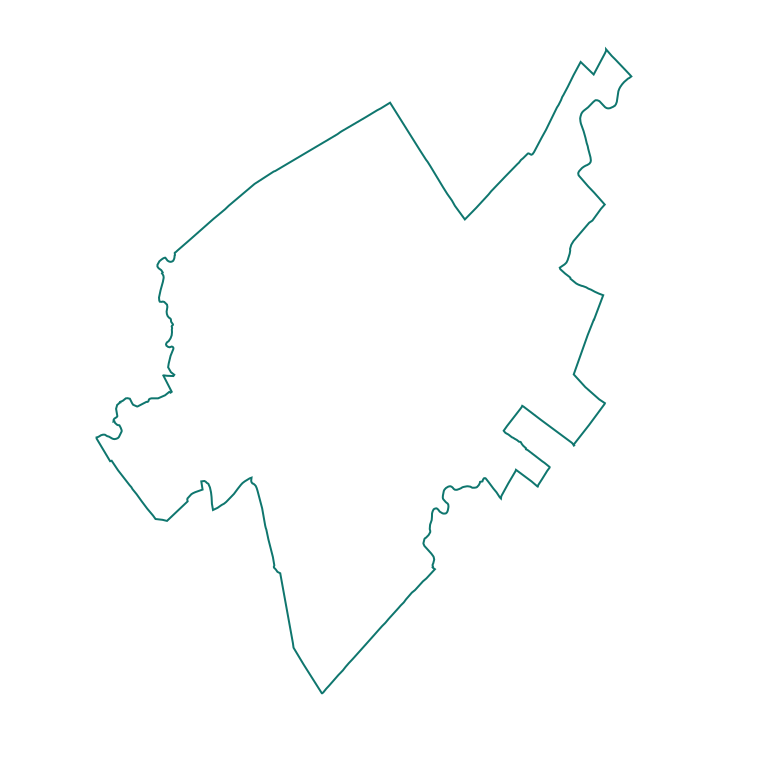 outline of Ulmi, Giurgiu, Romania, rotated 81°
{"feature_id": "2599482B15778475924534", "entity_name": "Ulmi", "entity_type": "district", "adm_level": 2, "iso_a3": "ROU", "parent_name": "Romania", "parent_adm1": "Giurgiu", "projection": "equal_earth", "projection_center": [25.773, 44.5], "detail": "fine", "context": "isolated", "style": "outline", "palette": "teal", "viewbox_px": 768, "rotation_deg": 81, "n_neighbors": 0, "source": "geoboundaries", "source_scale": "gbopen_adm2", "svg_char_len": 6142}
<svg xmlns="http://www.w3.org/2000/svg" viewBox="0 0 768 768"><g transform="rotate(81 384 384)"><path d="M444.3,651.0L446.3,649.7L448.6,648.8L454.1,645.6L461.9,641.7L470.2,637.3L477.8,632.7L481.6,630.8L483.5,624.0L485.3,619.8L469.2,596.3L467.5,596.4L466.3,596.0L462.7,591.5L461.9,589.5L461.3,587.3L459.9,579.7L451.6,579.7L451.7,576.6L452.6,575.4L453.9,574.5L455.1,573.1L459.0,572.1L464.0,571.8L468.7,572.0L475.5,572.7L481.7,572.6L480.3,567.8L478.1,563.3L477.2,560.7L475.8,558.3L469.1,549.4L464.4,544.6L461.1,541.0L459.7,539.2L458.4,536.8L456.2,531.5L455.8,529.5L458.7,530.3L459.9,530.3L461.5,529.6L461.8,529.3L462.1,528.5L463.7,527.2L464.7,526.6L467.0,526.0L469.9,525.6L487.8,523.8L505.2,523.5L507.8,523.3L509.3,523.0L519.3,522.5L537.6,520.8L546.0,520.7L547.3,521.4L548.1,521.4L550.1,520.0L552.9,518.6L554.7,516.1L625.7,514.5L630.3,514.6L648.4,507.3L679.7,493.8L679.8,493.4L679.1,492.2L676.0,488.8L673.5,485.6L664.4,474.7L660.4,469.4L657.4,466.2L654.1,462.3L650.8,458.0L638.1,442.4L623.0,424.0L620.1,420.0L616.6,416.0L607.6,404.8L605.4,402.2L602.8,398.6L600.2,396.0L594.4,389.1L592.4,385.6L585.0,376.4L582.7,372.6L574.9,362.7L573.3,364.3L572.6,364.7L572.2,364.2L570.8,364.4L570.0,364.2L568.8,363.4L565.3,361.9L562.7,362.0L561.8,362.3L558.9,363.8L550.3,369.4L548.4,369.9L547.5,370.0L543.4,368.3L542.7,367.5L542.4,366.6L540.2,363.6L537.7,361.6L536.5,361.3L534.4,361.5L531.0,360.7L530.0,360.4L525.9,358.2L522.7,357.4L519.4,356.8L517.4,355.9L515.6,354.6L515.2,353.8L515.0,352.8L515.0,351.8L515.2,351.3L516.4,350.2L518.8,348.9L520.7,346.7L521.2,345.8L521.4,344.9L521.5,343.8L521.4,343.0L520.8,342.1L520.0,341.4L518.7,340.7L516.2,339.8L515.1,339.5L513.3,339.4L512.1,339.8L510.4,341.4L507.4,343.3L506.4,343.7L505.3,343.7L503.5,343.3L499.1,341.7L497.8,340.8L496.4,339.0L495.4,336.5L495.3,334.7L495.9,333.5L496.9,332.5L498.6,331.5L499.5,330.5L499.8,329.3L499.9,328.5L499.5,326.2L498.9,324.0L498.3,322.8L498.1,321.4L498.0,318.6L498.1,317.3L498.9,314.8L500.3,313.0L500.6,310.8L500.6,309.2L500.3,308.2L498.6,306.1L496.9,304.9L495.7,304.4L495.6,302.0L494.0,301.2L493.2,300.5L492.7,299.8L492.9,299.4L492.8,298.9L493.2,298.3L497.3,296.0L504.4,292.3L508.6,289.8L514.0,287.4L515.4,286.4L513.4,285.8L512.5,285.2L501.5,276.7L490.6,267.7L489.4,267.1L503.3,253.5L509.4,248.3L509.4,248.1L508.1,247.6L502.5,242.6L495.2,236.3L492.5,233.5L491.9,233.4L486.9,237.9L485.1,239.8L472.3,251.9L471.6,252.6L470.7,254.0L470.2,254.1L469.7,253.8L466.6,256.3L464.3,257.5L463.2,257.8L462.7,258.1L462.4,258.6L462.2,259.5L462.0,259.8L460.3,261.3L458.9,263.0L458.6,263.5L457.5,264.6L456.6,266.0L453.4,269.0L451.7,271.2L451.0,271.9L448.9,273.1L444.7,269.0L429.7,253.0L428.4,251.7L427.2,250.9L428.2,249.7L444.0,234.6L471.1,208.0L472.2,207.1L474.5,206.1L474.3,205.8L473.7,206.3L456.7,188.0L438.3,169.3L437.5,168.8L432.9,173.8L418.5,185.7L404.2,195.1L367.6,175.2L353.4,166.8L353.5,166.6L330.6,153.6L328.4,157.5L325.9,161.3L323.2,164.8L321.8,167.2L320.2,169.1L318.4,172.3L318.0,173.4L316.3,176.4L314.8,178.4L309.2,183.4L308.4,183.3L307.5,183.8L303.3,187.8L298.2,191.9L296.6,192.2L294.1,186.9L292.6,184.8L290.3,183.2L284.3,180.2L281.3,179.2L279.7,179.1L275.7,177.2L272.5,174.5L256.8,156.1L255.2,152.6L244.9,142.3L241.3,137.9L227.7,146.6L220.8,151.4L209.1,158.7L208.1,159.2L206.1,159.2L204.7,158.3L204.0,157.6L201.7,154.7L200.7,152.8L199.9,150.7L199.5,149.0L198.7,147.1L198.4,146.5L197.0,145.2L195.5,144.7L192.4,144.6L183.7,145.5L180.9,145.6L177.9,146.1L172.3,146.5L165.5,147.3L157.6,148.8L155.4,148.9L152.3,148.7L150.4,148.0L147.8,146.7L146.3,145.3L145.3,143.9L142.7,139.2L138.2,133.2L137.1,131.4L136.8,130.5L137.2,128.8L138.1,127.3L138.6,126.8L144.2,123.0L145.2,122.3L146.2,121.1L146.6,120.3L146.9,119.1L146.9,117.5L145.9,113.8L145.6,113.5L145.4,112.6L144.0,111.2L141.7,109.9L131.5,106.7L129.2,105.4L127.6,104.2L125.3,102.0L123.3,99.6L120.6,95.3L120.1,93.8L118.9,91.6L117.0,92.8L99.6,104.8L95.8,107.6L88.2,112.3L89.6,112.5L92.0,114.1L111.1,128.5L96.7,139.4L108.5,148.4L119.1,155.9L126.8,161.7L128.3,163.0L131.4,164.8L135.8,168.0L137.9,169.9L158.4,184.3L165.3,189.7L178.5,199.6L179.4,200.5L180.3,201.4L180.6,202.7L178.9,205.0L178.9,205.9L182.9,211.5L184.1,213.6L186.6,216.2L187.4,217.5L198.3,232.1L210.4,248.0L213.1,251.0L224.4,265.3L234.1,278.4L219.1,286.1L213.4,288.2L206.1,291.8L199.1,294.8L176.2,304.1L171.3,306.2L169.1,307.4L159.1,311.8L107.1,334.0L111.3,344.1L112.6,348.0L117.7,360.5L127.8,386.4L128.8,388.6L129.2,389.3L130.0,390.9L156.6,458.1L156.9,459.7L166.1,480.5L183.6,509.4L186.6,513.7L194.2,526.5L212.3,555.0L219.6,566.7L221.2,569.1L221.5,569.9L221.8,570.2L224.0,570.3L224.6,570.8L225.7,571.0L227.4,571.6L229.3,572.9L229.8,574.0L230.0,575.4L229.8,576.2L229.5,577.0L228.3,578.5L225.1,580.2L225.0,580.8L225.3,582.3L226.3,584.4L227.7,586.7L230.8,589.1L232.6,589.4L234.4,588.5L236.7,586.2L239.2,585.1L240.0,586.0L241.1,585.4L242.8,584.9L244.6,585.0L248.5,586.4L256.4,590.0L263.4,592.7L266.3,592.9L267.6,592.6L268.1,590.8L268.0,589.5L268.6,588.2L271.7,585.9L274.0,585.9L278.5,587.4L280.8,587.5L282.9,587.1L284.7,586.1L285.7,585.0L286.7,584.4L289.2,584.5L292.1,583.1L292.9,583.5L293.3,584.3L293.9,584.7L295.6,584.5L296.9,585.0L299.7,585.3L302.7,586.1L305.5,587.7L308.0,590.0L309.0,592.0L310.6,593.1L312.1,592.9L313.6,591.4L314.2,589.9L313.8,587.8L314.3,586.9L315.2,586.4L316.3,586.5L322.8,590.4L330.0,593.4L333.7,594.6L339.0,592.6L342.1,589.7L343.2,590.8L341.9,597.2L341.0,600.2L341.1,600.6L358.5,594.9L359.2,596.2L358.2,597.3L360.9,602.0L362.8,609.3L361.8,615.9L361.9,617.3L362.5,618.6L363.9,619.2L364.7,620.2L364.5,621.5L367.6,630.8L367.6,631.4L365.3,635.0L363.6,635.8L358.8,637.3L357.9,639.5L357.8,641.3L359.6,644.4L360.0,645.6L360.4,647.4L361.0,647.3L361.2,648.2L362.2,649.5L362.9,650.8L366.6,652.5L374.0,652.4L374.9,653.2L376.0,655.7L377.0,656.6L378.8,657.1L378.7,656.1L380.4,655.7L382.4,654.1L382.9,653.4L383.4,651.8L386.0,650.9L388.4,650.4L389.2,650.4L389.9,650.6L395.0,654.2L395.8,655.4L396.2,656.9L396.3,658.6L396.0,659.8L395.4,660.9L392.9,664.0L392.2,665.6L390.5,667.5L390.2,668.5L390.1,669.8L390.4,671.7L391.1,673.2L391.7,675.1L391.8,676.3L392.9,676.4L393.4,676.2L417.4,666.6L417.2,665.0L427.6,660.2L444.3,651.0Z" fill="none" stroke="#0f766e" stroke-width="2"/></g></svg>